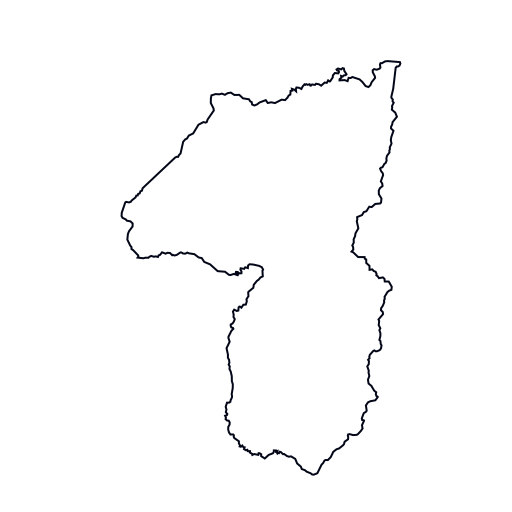 the district of Kon Ray, Kon Tum, Vietnam, rotated 187°
{"feature_id": "81297802B49611781778497", "entity_name": "Kon Ray", "entity_type": "district", "adm_level": 2, "iso_a3": "VNM", "parent_name": "Vietnam", "parent_adm1": "Kon Tum", "projection": "robinson", "projection_center": [108.184, 14.55], "detail": "fine", "context": "isolated", "style": "outline", "palette": "ink", "viewbox_px": 512, "rotation_deg": 187, "n_neighbors": 0, "source": "geoboundaries", "source_scale": "gbopen_adm2", "svg_char_len": 6075}
<svg xmlns="http://www.w3.org/2000/svg" viewBox="0 0 512 512"><g transform="rotate(187 256 256)"><path d="M265.3,411.9L271.2,408.8L273.4,406.6L276.0,405.2L278.3,405.9L279.1,408.3L280.5,408.7L282.1,410.7L288.1,410.9L292.2,413.9L297.1,413.2L300.9,415.1L304.1,414.1L306.5,412.2L309.6,413.0L312.2,412.0L315.8,411.8L319.8,410.0L320.0,407.0L319.5,402.3L316.2,397.4L315.6,395.3L320.6,385.7L321.3,382.8L322.2,382.3L324.5,382.5L329.1,379.3L333.3,370.0L337.4,367.3L338.8,364.2L340.4,363.2L342.2,360.5L343.4,348.5L344.7,346.9L345.4,344.9L346.8,344.8L348.2,343.9L374.7,312.0L376.8,309.4L377.2,306.9L378.6,306.2L379.1,303.9L380.5,303.3L380.8,301.7L382.2,301.3L382.7,299.5L386.2,295.9L386.9,294.5L388.6,293.7L391.5,293.9L392.3,293.2L394.5,282.6L394.3,279.3L393.1,277.6L389.8,276.5L388.4,275.3L384.9,275.1L382.4,273.3L382.1,270.3L385.1,265.0L385.8,262.3L385.7,256.6L382.1,251.0L380.7,249.7L380.4,247.7L378.7,246.9L373.0,242.2L372.7,241.2L373.3,240.0L367.7,240.0L365.3,240.9L362.7,241.1L361.5,242.4L359.9,243.3L357.1,242.8L355.7,243.4L353.2,243.1L352.7,244.8L351.4,245.4L349.7,248.2L346.0,247.3L344.2,248.4L341.7,248.5L339.3,246.6L338.9,247.0L336.9,246.6L334.8,247.4L331.5,250.3L330.4,250.4L328.8,249.6L326.4,249.7L324.6,251.0L323.1,250.5L317.4,250.3L312.8,247.6L309.6,247.3L306.6,243.8L300.5,242.1L292.2,236.3L284.8,236.6L280.5,234.0L279.0,234.0L275.8,235.5L271.8,234.7L271.6,235.2L272.2,236.4L274.0,237.0L273.9,237.8L272.3,237.9L270.2,236.7L268.4,237.1L268.5,238.8L269.8,240.5L269.7,241.9L266.2,241.8L265.3,243.5L262.6,243.0L262.7,245.6L261.4,247.0L257.9,247.2L251.8,246.6L248.9,245.6L247.3,243.4L247.8,242.2L246.8,236.6L249.1,235.1L250.5,232.8L252.0,231.5L254.7,227.2L254.8,224.1L259.1,219.6L259.3,218.7L258.6,215.2L260.2,211.9L259.6,210.0L260.2,206.5L262.6,206.1L264.2,202.9L265.9,203.9L266.4,203.7L267.0,202.9L266.9,199.7L268.3,199.1L271.1,200.1L272.1,198.0L271.0,195.1L270.9,192.7L269.4,190.8L270.0,188.2L271.0,186.2L272.7,185.0L272.7,183.9L271.8,182.1L270.1,181.8L269.6,181.0L271.3,178.7L273.5,172.5L273.4,171.3L271.7,167.7L274.0,160.9L271.8,154.6L271.5,151.6L270.1,149.7L269.4,146.8L269.9,144.8L268.6,143.3L268.6,140.7L267.0,138.2L265.4,133.8L264.7,128.8L263.4,125.9L263.0,122.1L263.3,115.9L262.6,113.6L262.9,111.7L263.6,109.9L263.7,108.1L264.8,107.2L266.9,106.9L267.7,102.6L266.6,100.0L266.9,97.3L265.2,95.7L265.5,94.5L267.2,93.7L266.1,91.8L266.3,90.4L264.7,89.2L263.0,89.2L261.8,87.6L261.7,85.4L262.7,82.9L262.4,80.2L261.3,77.6L259.6,75.7L256.9,76.1L256.1,75.3L256.1,73.8L255.4,72.7L250.4,70.0L250.1,67.8L248.8,66.1L249.0,65.0L247.8,64.8L246.5,66.2L245.3,64.8L244.0,64.7L244.4,62.9L242.3,62.0L241.0,62.6L240.4,61.3L238.2,61.6L238.2,60.2L235.8,59.2L235.4,58.1L233.7,59.2L229.5,58.9L229.4,60.6L228.5,60.7L226.7,59.9L226.5,58.0L222.6,56.1L219.2,60.1L215.1,62.3L214.5,63.7L214.6,65.2L212.4,65.4L212.3,64.3L211.1,64.9L211.4,63.7L210.7,62.6L210.2,63.3L209.2,63.1L208.6,64.6L207.6,64.5L205.0,62.6L204.0,62.9L200.8,61.2L198.8,60.8L196.8,61.4L192.3,59.4L189.9,55.1L185.8,52.4L184.6,50.1L181.4,49.4L179.4,48.1L175.3,47.0L173.7,46.0L172.0,46.0L168.6,47.9L165.5,56.9L164.1,58.7L163.1,61.3L162.1,62.0L159.8,62.2L157.3,65.5L155.4,71.1L152.5,74.0L150.1,75.1L146.3,79.0L145.7,80.2L145.4,82.5L142.3,85.3L142.4,87.5L143.0,88.8L142.8,90.1L141.5,90.6L137.6,90.1L134.5,90.7L133.3,91.4L130.6,95.1L129.2,97.8L130.2,101.0L128.7,105.6L129.0,106.1L130.7,106.2L131.2,107.8L129.9,113.1L127.8,114.9L127.3,116.0L128.7,121.1L127.0,124.4L124.8,125.8L120.0,127.3L118.0,130.7L118.1,131.2L119.3,131.6L120.2,133.3L120.1,135.4L122.2,136.7L125.7,141.2L128.7,143.1L129.8,146.8L128.9,150.7L130.1,154.0L130.1,155.9L132.1,160.0L130.9,162.4L131.1,165.5L132.1,166.6L130.8,168.4L131.3,169.6L131.0,171.8L128.0,176.1L127.0,176.7L125.7,176.0L124.3,176.2L121.8,177.6L120.7,179.4L120.5,182.6L121.5,183.9L122.1,186.7L123.3,187.7L122.8,191.6L123.1,194.5L124.5,197.5L123.8,199.4L125.8,202.4L125.8,206.4L126.7,207.9L122.8,213.8L123.4,215.9L125.4,217.4L125.4,219.5L124.1,222.0L123.1,225.6L123.5,227.5L123.0,229.3L123.4,231.2L121.1,236.3L119.5,237.9L117.5,238.9L117.5,242.0L121.1,246.8L125.1,246.4L125.7,249.0L127.5,250.2L131.3,249.0L132.6,250.6L134.2,251.5L134.1,252.8L135.3,254.9L137.4,255.5L139.0,256.9L141.6,256.1L142.2,260.1L145.7,262.5L146.2,266.0L147.7,266.6L148.1,268.2L154.5,267.4L160.0,271.5L161.7,272.0L160.2,274.3L160.8,277.0L161.7,278.2L160.6,281.2L161.1,284.5L160.1,287.6L160.0,290.7L157.8,295.9L160.2,302.8L159.9,304.7L160.4,306.9L155.7,309.6L154.4,312.7L151.9,313.9L149.6,318.7L147.1,318.7L144.0,322.2L139.3,323.2L138.4,324.3L138.5,328.4L141.6,332.3L142.1,336.0L141.3,338.4L138.9,340.9L139.6,343.4L141.2,345.3L139.7,351.8L140.3,353.6L142.2,355.5L143.5,357.9L142.8,358.9L141.3,359.5L139.8,363.1L138.6,364.2L138.0,366.7L138.5,368.6L138.2,371.4L136.1,375.1L136.5,376.8L136.1,378.7L136.5,380.0L135.2,384.1L136.3,387.4L136.2,390.6L134.8,397.0L137.5,399.0L137.7,400.8L136.9,402.9L136.7,405.6L133.1,411.4L135.2,415.2L139.0,417.8L138.9,420.0L139.3,421.4L138.0,424.9L139.3,426.2L139.3,428.0L140.7,429.3L141.1,430.4L140.2,438.7L140.3,459.7L139.5,461.2L138.1,461.4L136.7,462.6L136.2,464.7L136.8,466.0L149.0,465.5L151.6,464.9L154.5,462.7L155.9,462.6L156.3,461.1L155.5,458.2L156.2,457.0L158.9,455.6L161.6,455.9L162.8,454.6L162.5,452.6L159.9,448.8L159.5,447.3L162.4,442.6L163.3,439.4L165.0,437.4L167.9,438.0L171.5,441.6L174.7,443.9L182.2,445.4L183.7,444.2L185.8,444.1L186.4,440.7L189.4,441.4L194.5,440.5L194.6,441.7L193.0,443.3L193.5,445.1L191.8,444.7L190.9,445.9L189.1,446.4L188.3,447.4L190.9,450.5L191.6,452.8L193.0,453.0L194.1,451.6L197.4,452.1L198.8,451.0L198.2,450.1L196.4,449.7L196.0,448.8L196.6,447.3L200.1,447.2L201.7,444.6L201.6,442.6L203.7,438.4L204.3,438.2L205.8,439.1L206.8,436.5L209.0,436.5L212.1,433.0L214.4,434.1L217.4,434.3L218.3,433.0L221.2,433.1L222.4,431.7L223.1,431.9L223.7,433.0L225.6,432.2L227.1,432.7L228.0,431.9L228.8,432.3L230.4,429.9L231.3,427.3L233.7,428.2L236.4,428.2L236.8,426.7L236.3,424.4L238.1,425.7L240.7,426.3L240.1,424.6L241.8,424.1L241.6,420.4L243.1,419.3L244.0,417.1L246.1,414.3L249.6,414.3L255.8,410.1L259.6,410.4L263.0,409.3L265.3,411.9Z" fill="none" stroke="#020617" stroke-width="2"/></g></svg>